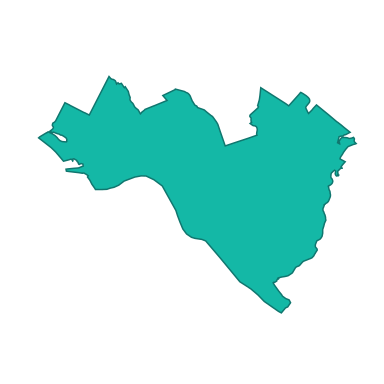 Seimeni, Constanta, Romania (orthographic projection), rotated 276°
{"feature_id": "2599482B22406504388694", "entity_name": "Seimeni", "entity_type": "district", "adm_level": 2, "iso_a3": "ROU", "parent_name": "Romania", "parent_adm1": "Constanta", "projection": "orthographic", "projection_center": [28.127, 44.413], "detail": "fine", "context": "isolated", "style": "filled", "palette": "teal", "viewbox_px": 384, "rotation_deg": 276, "n_neighbors": 0, "source": "geoboundaries", "source_scale": "gbopen_adm2", "svg_char_len": 5920}
<svg xmlns="http://www.w3.org/2000/svg" viewBox="0 0 384 384"><g transform="rotate(276 192 192)"><path d="M81.1,293.5L86.5,297.1L87.7,299.2L92.2,301.6L94.8,299.9L95.0,299.4L95.7,296.7L96.1,295.9L97.9,292.8L99.2,291.9L102.3,288.8L108.1,283.6L110.2,282.2L110.8,282.8L110.8,283.2L110.9,283.8L112.4,285.6L112.6,285.6L113.1,285.6L113.7,285.8L113.9,285.9L114.7,286.9L115.2,286.4L115.4,286.6L115.5,286.7L115.2,287.0L115.4,287.0L115.6,287.2L115.5,287.4L115.6,287.7L116.1,288.1L116.8,290.0L117.7,293.3L118.2,294.8L118.6,295.9L118.9,296.5L119.3,297.0L121.7,299.9L122.1,300.3L122.5,300.5L127.5,302.8L127.8,303.1L128.2,303.4L128.5,303.7L129.5,305.7L129.7,306.1L130.1,306.5L130.4,306.8L133.6,309.0L134.3,309.6L134.8,310.2L135.2,310.9L138.5,317.2L139.1,318.2L141.2,319.8L141.5,319.9L142.9,320.4L143.7,320.9L144.3,321.1L147.3,322.6L148.2,322.4L148.6,322.2L148.9,321.9L150.0,320.7L150.3,320.5L150.6,320.4L152.0,320.2L152.6,320.2L156.4,321.2L158.5,324.3L160.0,325.3L161.6,326.0L164.7,326.3L168.3,325.9L171.7,326.6L174.7,327.0L178.0,328.1L179.1,327.7L181.0,327.4L182.6,326.8L183.3,326.5L184.2,325.9L185.1,325.5L186.0,325.1L186.7,324.6L187.5,324.1L188.1,324.1L188.8,324.0L189.2,324.0L189.6,324.1L190.9,324.5L191.9,324.7L192.3,324.9L193.1,324.7L193.3,325.0L193.8,325.7L194.2,325.9L194.5,326.2L194.7,326.4L195.4,327.3L195.6,327.6L196.0,328.0L196.5,328.2L196.8,328.5L197.2,328.7L197.7,328.9L201.6,330.0L202.7,330.1L204.2,329.9L205.2,329.5L205.4,329.4L205.8,329.4L206.1,329.4L207.3,329.0L208.6,328.1L209.8,327.7L210.7,327.4L211.2,327.4L211.4,327.4L211.6,327.1L212.0,326.9L212.3,327.0L212.7,327.7L213.5,329.0L214.6,330.0L215.6,330.6L216.5,330.8L217.5,330.9L218.5,330.5L219.5,330.0L220.1,329.5L220.5,329.0L221.1,328.6L221.6,328.5L224.0,328.4L225.2,328.6L225.7,328.9L226.9,329.9L227.3,330.2L228.6,331.5L227.9,332.7L225.1,332.5L224.0,333.0L223.1,333.9L223.0,334.2L223.3,335.0L223.5,335.6L223.5,335.9L224.2,336.2L224.4,335.8L224.3,335.7L224.4,335.2L224.9,335.1L225.6,335.3L226.7,334.9L227.7,334.8L228.2,335.0L231.2,337.5L231.3,337.9L231.2,338.5L231.3,338.8L231.6,338.7L232.5,337.6L234.7,338.8L236.1,339.8L238.1,341.2L240.4,335.7L241.6,335.9L242.5,336.2L242.9,336.4L245.1,337.6L246.5,338.2L247.6,338.7L250.5,340.4L252.4,341.7L253.0,342.1L253.5,342.5L253.8,343.0L254.8,345.0L256.2,347.6L256.7,349.1L257.3,350.2L258.6,348.6L259.0,348.3L259.5,348.0L260.0,347.9L260.9,347.9L261.6,348.0L262.0,347.9L262.4,347.6L262.9,347.2L263.2,346.9L262.9,346.4L262.8,346.1L262.4,345.4L262.3,345.2L261.8,343.4L261.7,342.9L261.6,342.5L261.7,342.1L261.9,341.7L262.1,341.4L262.2,339.8L262.1,337.7L261.9,336.1L261.7,335.3L261.5,335.1L261.3,334.9L260.9,334.6L260.1,334.1L259.5,333.8L259.1,333.6L258.4,333.2L257.9,332.9L257.7,332.9L256.4,333.5L255.9,333.7L255.3,333.8L256.2,331.6L256.5,331.7L262.4,332.5L263.0,334.0L263.4,335.7L263.6,336.6L263.9,336.9L264.8,337.4L265.0,338.7L267.9,343.0L272.2,336.3L274.2,333.4L275.9,330.6L276.0,330.5L276.7,329.3L276.9,328.8L282.9,320.0L291.6,306.7L287.9,303.9L286.0,302.7L282.3,299.7L283.6,298.7L287.2,296.5L287.9,296.3L288.6,296.4L289.4,296.8L292.6,298.9L293.6,299.4L294.6,299.6L295.5,299.5L296.6,299.1L298.0,297.9L299.7,295.5L301.3,292.4L302.3,290.2L302.4,289.6L300.1,288.1L287.8,279.2L289.6,276.1L302.9,249.5L294.9,249.5L292.2,249.4L290.5,249.3L285.5,248.4L284.8,248.4L284.7,248.3L284.4,248.5L283.7,249.2L282.7,248.9L278.4,245.1L274.9,241.9L274.0,241.6L273.3,241.6L272.8,241.9L272.2,242.6L271.7,243.0L271.1,243.1L270.4,243.1L268.9,243.3L268.2,243.5L267.6,244.0L266.2,242.6L264.6,245.4L264.4,245.9L264.3,247.8L263.9,248.8L263.5,249.3L262.5,249.9L261.4,250.3L260.3,250.4L257.9,250.2L256.5,250.2L256.0,250.3L255.3,250.7L251.1,241.8L244.7,227.6L244.6,227.4L241.3,220.2L255.6,213.5L262.0,210.6L263.0,209.9L264.2,209.0L267.6,206.0L268.4,205.3L269.0,204.7L269.6,203.9L270.0,203.0L272.9,198.5L273.5,197.6L274.8,195.8L275.0,195.3L275.8,191.9L276.4,189.3L276.5,188.9L276.7,188.6L277.8,187.9L278.0,187.6L278.3,186.8L278.6,186.0L278.9,185.6L281.5,183.6L282.0,183.2L282.4,182.8L283.7,182.1L286.4,180.6L286.7,180.5L287.1,180.3L288.6,179.1L289.5,178.0L289.7,177.7L290.1,176.8L290.4,175.6L291.0,174.4L291.2,173.8L292.6,164.7L292.1,164.6L284.9,152.9L280.4,157.6L273.6,145.0L273.6,144.9L269.2,136.6L268.5,136.2L266.1,133.7L264.6,132.8L264.3,132.5L268.0,129.9L270.0,126.8L270.9,125.9L273.3,124.4L274.3,123.5L275.1,122.3L276.4,121.2L277.5,120.6L279.6,120.6L282.1,119.3L285.4,118.1L289.7,114.6L288.7,113.8L290.3,112.4L292.7,110.4L291.8,108.2L292.4,107.6L292.9,107.0L291.5,105.7L293.3,104.9L294.5,104.2L295.2,103.1L295.7,102.0L295.8,100.5L296.3,99.4L298.2,97.4L257.8,81.8L259.6,77.0L259.8,76.1L261.6,71.5L265.5,61.4L265.8,60.9L267.5,56.3L248.6,49.0L247.0,47.9L246.8,47.6L246.6,47.2L245.9,46.4L245.1,46.2L244.3,46.1L243.4,46.2L242.4,47.2L241.7,47.4L240.3,47.0L239.0,45.8L237.7,44.4L236.4,46.8L237.1,48.0L236.3,50.5L235.9,52.2L235.8,53.5L234.9,55.3L234.9,56.6L234.1,58.4L232.7,61.0L231.3,62.0L229.0,62.1L228.7,61.7L228.6,60.2L228.6,57.4L229.3,55.3L230.6,53.5L232.1,52.1L233.9,49.7L235.1,47.3L236.8,42.6L235.6,41.3L235.7,41.1L231.7,35.8L230.9,34.8L229.8,33.8L221.4,47.3L217.5,52.3L209.2,61.0L211.0,65.8L211.9,67.9L212.0,68.3L211.5,69.3L210.3,70.1L210.5,70.3L212.3,70.1L212.7,71.1L211.3,74.2L210.3,74.5L209.5,75.8L209.0,75.8L208.5,76.0L207.8,76.5L207.6,77.0L207.9,77.5L208.4,78.0L208.7,78.8L208.4,80.6L208.2,80.7L206.8,81.0L206.4,81.1L206.3,80.9L205.1,78.5L204.2,77.0L203.8,75.3L203.1,71.5L201.9,65.8L201.5,64.3L199.6,64.9L199.5,67.5L199.4,77.3L199.2,81.1L199.5,81.6L199.4,83.1L199.2,83.3L198.5,85.0L197.3,87.1L196.0,86.5L192.9,89.3L189.3,91.6L185.4,95.0L184.4,95.7L185.0,101.9L185.8,107.1L187.3,110.3L188.5,113.9L191.1,118.4L195.8,123.4L200.9,133.6L202.7,139.7L203.1,144.7L200.2,152.9L194.9,161.8L172.0,177.9L167.0,180.1L160.8,183.2L154.2,186.8L149.7,191.0L146.9,196.2L146.2,199.8L145.9,206.7L144.8,210.7L129.9,226.4L107.7,249.0L104.5,255.4L101.7,260.8L96.4,268.5L90.7,275.3L82.3,290.5L81.1,293.5Z" fill="#14b8a6" stroke="#0f766e" stroke-width="1.5"/></g></svg>